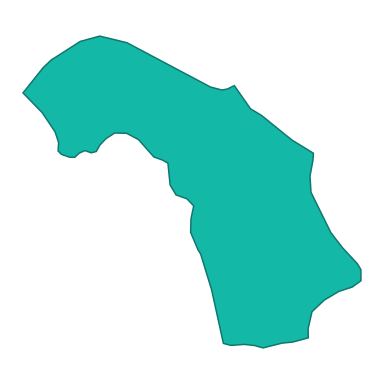 outline of Loroum
{"feature_id": "BFA-2822", "entity_name": "Loroum", "entity_type": "Province", "adm_level": 1, "iso_a3": "BFA", "parent_name": "Burkina Faso", "parent_adm1": "", "projection": "robinson", "projection_center": [-2.181, 13.899], "detail": "fine", "context": "isolated", "style": "filled", "palette": "teal", "viewbox_px": 384, "rotation_deg": 0, "n_neighbors": 0, "source": "natural_earth", "source_scale": "10m", "svg_char_len": 884}
<svg xmlns="http://www.w3.org/2000/svg" viewBox="0 0 384 384"><path d="M221.9,90.0L227.4,89.0L234.3,85.6L250.5,108.8L261.6,115.5L292.0,140.1L313.4,153.2L313.0,160.0L310.0,176.2L311.0,192.3L330.9,232.7L342.3,247.5L355.1,261.3L357.2,263.5L360.9,269.6L361.0,280.7L352.3,287.0L338.9,291.4L324.4,300.0L312.0,311.7L308.1,328.8L308.3,337.8L293.0,342.0L281.7,343.2L263.1,347.9L254.5,345.5L244.1,344.4L231.0,345.4L223.4,343.4L211.6,289.8L200.7,254.2L198.0,249.8L190.6,232.3L191.0,218.7L193.7,205.9L186.9,198.8L176.1,195.0L170.1,185.0L167.9,163.1L162.3,160.0L153.9,157.0L138.4,139.5L126.6,133.3L114.7,133.0L106.0,138.6L99.8,145.2L96.3,151.5L91.2,152.8L84.9,150.6L79.3,153.1L74.8,157.3L69.5,157.2L61.5,154.4L58.1,151.0L58.6,142.5L55.1,131.9L42.3,112.8L23.0,92.9L43.2,67.6L51.2,60.0L80.3,41.4L99.7,36.1L126.9,42.7L210.4,87.0L221.9,90.0Z" fill="#14b8a6" stroke="#0f766e" stroke-width="1.5"/></svg>